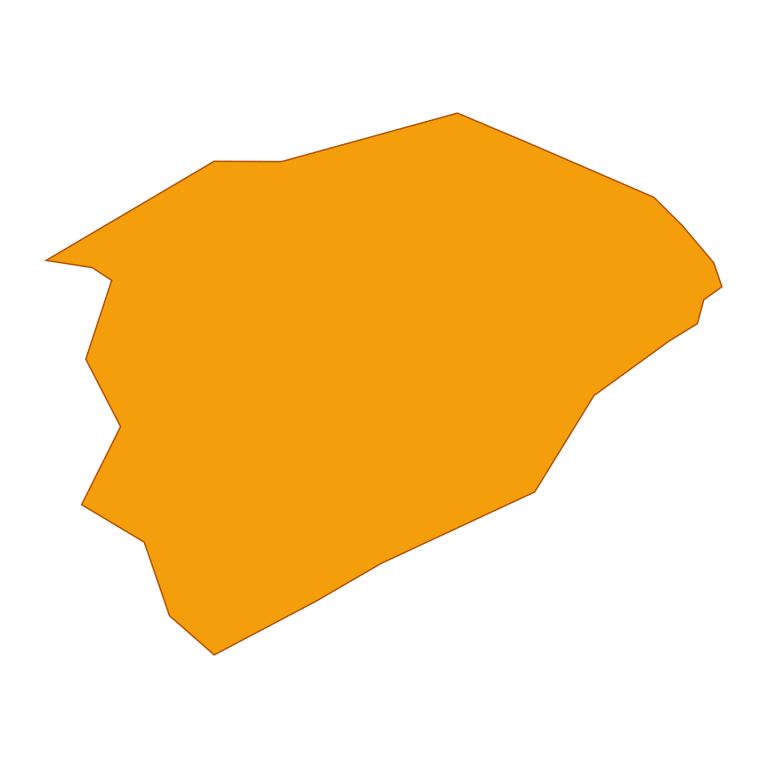 the district of Rafael Fernandes, Rio Grande do Norte, Brazil
{"feature_id": "56859067B30236732914400", "entity_name": "Rafael Fernandes", "entity_type": "district", "adm_level": 2, "iso_a3": "BRA", "parent_name": "Brazil", "parent_adm1": "Rio Grande do Norte", "projection": "albers", "projection_center": [-38.222, -6.202], "detail": "fine", "context": "isolated", "style": "filled", "palette": "amber", "viewbox_px": 768, "rotation_deg": 0, "n_neighbors": 0, "source": "geoboundaries", "source_scale": "gbopen_adm2", "svg_char_len": 427}
<svg xmlns="http://www.w3.org/2000/svg" viewBox="0 0 768 768"><path d="M81.6,504.7L144.3,542.2L169.5,615.7L214.2,654.9L316.3,601.0L381.5,563.2L534.7,491.9L593.9,395.6L669.1,341.0L697.4,323.6L703.8,299.7L721.9,286.8L713.8,262.9L682.2,225.5L653.8,197.3L530.1,143.8L457.4,113.1L281.5,161.6L214.1,161.3L46.1,260.4L92.2,267.6L111.7,280.4L85.8,359.2L120.6,426.6L81.6,504.7Z" fill="#f59e0b" stroke="#b45309" stroke-width="1.5"/></svg>